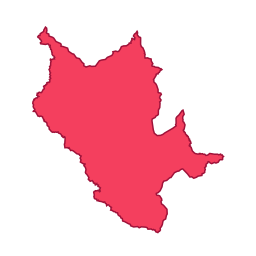 Coronel Portillo, Ucayali, Peru, rotated 176°
{"feature_id": "86281439B8316055413936", "entity_name": "Coronel Portillo", "entity_type": "district", "adm_level": 2, "iso_a3": "PER", "parent_name": "Peru", "parent_adm1": "Ucayali", "projection": "albers", "projection_center": [-74.152, -8.678], "detail": "fine", "context": "isolated", "style": "filled", "palette": "rose", "viewbox_px": 256, "rotation_deg": 176, "n_neighbors": 0, "source": "geoboundaries", "source_scale": "gbopen_adm2", "svg_char_len": 5805}
<svg xmlns="http://www.w3.org/2000/svg" viewBox="0 0 256 256"><g transform="rotate(176 128 128)"><path d="M201.9,183.7L201.7,182.7L203.0,182.0L202.6,181.3L202.8,179.5L203.7,178.9L204.2,179.3L205.8,178.8L205.8,177.5L206.9,177.1L207.1,176.2L207.7,175.9L208.4,176.1L209.3,175.4L208.7,173.6L208.8,172.9L209.8,172.5L211.4,169.9L212.2,169.3L214.1,169.9L215.0,169.3L215.1,168.8L216.1,169.0L216.6,167.0L215.9,166.9L215.7,166.3L214.9,165.6L216.0,165.3L216.6,164.3L217.6,164.4L219.3,163.4L219.3,163.0L219.9,163.0L219.8,162.3L220.8,161.3L221.3,159.3L220.6,157.6L221.1,156.3L220.8,154.8L219.6,153.2L219.9,152.4L221.1,151.6L221.3,151.2L219.2,150.9L216.9,146.1L216.1,146.1L215.5,145.6L214.1,146.0L212.5,145.2L212.5,144.4L211.7,143.1L211.6,141.9L211.0,141.8L211.1,140.4L209.8,140.0L208.6,138.7L208.4,136.1L206.9,134.7L206.5,133.4L206.8,132.6L204.5,129.6L203.4,129.0L202.8,129.2L201.8,128.8L200.8,129.1L199.3,128.7L198.0,128.9L197.9,128.2L197.2,127.5L195.8,127.0L194.9,125.7L194.7,124.6L193.8,124.6L193.8,123.7L193.2,123.0L192.7,123.0L192.0,123.7L191.6,123.4L191.4,122.3L192.1,117.1L192.6,116.4L192.3,112.7L189.4,112.6L189.0,111.9L188.2,112.4L186.8,109.5L185.7,109.7L184.2,109.0L180.9,105.9L178.4,105.1L178.2,104.1L176.7,103.3L177.9,101.2L177.1,99.4L177.9,97.4L175.2,95.5L173.4,95.1L173.6,94.4L174.6,93.9L174.2,92.8L173.3,91.8L172.8,89.4L173.6,86.7L173.2,85.5L172.4,84.8L170.5,81.4L171.2,79.6L170.6,78.8L170.2,78.8L169.5,77.5L167.4,78.0L166.4,76.8L166.4,75.8L165.7,75.2L165.0,75.3L164.6,73.6L164.1,74.1L163.5,73.9L163.0,74.5L162.8,73.5L161.5,73.1L162.0,71.8L161.0,71.4L159.7,70.2L160.2,69.2L160.9,68.9L160.1,67.0L160.5,66.6L160.7,67.3L161.7,67.3L162.4,67.9L163.5,67.5L164.8,67.7L165.4,67.1L166.0,67.2L166.7,66.4L166.3,63.4L166.8,62.1L166.5,61.6L166.7,60.7L165.9,59.6L164.2,59.1L164.0,57.7L163.0,57.5L162.5,57.9L162.0,57.0L159.7,56.5L157.5,55.5L157.0,55.9L156.3,55.8L155.9,54.5L154.9,53.9L154.7,52.0L153.5,52.8L152.6,52.6L151.9,51.4L150.1,50.0L150.6,49.5L150.5,48.3L151.0,47.3L149.3,46.7L148.3,45.7L146.9,45.4L145.8,44.3L144.3,44.1L144.0,42.1L142.7,40.8L141.8,40.5L141.4,38.8L140.0,38.1L139.8,35.6L137.8,34.8L134.1,32.4L132.8,32.0L132.3,31.4L132.2,30.3L129.3,28.9L125.3,29.0L123.8,27.7L121.6,28.5L117.1,27.8L115.8,27.2L115.2,25.7L111.9,25.6L110.6,24.6L109.6,25.0L108.9,24.3L108.2,24.4L107.6,22.6L105.5,21.6L104.5,22.7L103.8,22.7L102.8,24.0L102.9,25.8L101.3,27.6L101.2,28.3L100.6,28.9L99.6,32.7L98.6,33.8L96.8,34.6L95.8,38.1L94.9,39.5L94.8,44.2L97.4,47.7L98.7,49.1L99.8,49.8L100.2,52.1L100.0,52.9L99.3,53.4L99.4,55.0L101.1,58.1L102.3,58.7L103.7,58.8L104.2,59.3L104.4,60.3L104.3,60.8L102.5,61.4L100.3,63.2L98.2,66.9L97.3,70.6L96.0,72.5L93.0,73.0L89.8,75.5L88.6,75.6L84.8,80.2L81.8,81.4L80.2,81.5L78.3,82.9L76.7,83.4L76.1,83.2L71.8,78.0L69.7,74.8L67.9,74.9L65.9,73.3L63.1,74.1L61.5,75.1L57.6,75.5L57.2,77.3L55.8,77.5L54.5,78.5L54.5,79.8L53.8,81.1L54.3,83.1L53.2,83.8L53.1,84.5L52.6,84.7L52.8,85.5L52.6,86.4L50.8,87.7L50.9,88.4L50.0,88.8L49.0,88.2L48.5,87.4L47.0,86.6L44.3,87.6L42.7,86.9L40.4,87.6L38.8,89.8L37.3,90.0L36.4,89.7L35.7,90.3L35.8,91.8L34.7,93.0L35.4,93.4L35.9,94.5L36.3,94.3L37.2,94.9L37.4,95.5L39.3,94.9L40.4,95.6L43.6,95.8L48.2,96.9L50.4,95.4L52.2,95.2L53.3,96.5L54.7,96.5L55.6,97.2L57.2,97.0L57.8,97.6L58.6,97.6L58.7,97.1L60.2,97.1L62.3,97.7L63.3,98.2L65.4,100.6L66.4,104.4L68.1,105.9L68.0,106.4L67.2,106.6L67.6,107.3L67.5,107.7L66.2,108.4L66.6,110.3L67.4,110.8L67.1,111.4L67.8,111.7L67.5,112.7L68.1,113.0L68.5,115.1L69.4,115.6L69.3,116.2L70.1,116.4L70.0,116.9L71.0,117.9L71.4,119.6L72.3,120.1L72.2,120.7L72.6,120.8L73.0,121.6L72.7,122.5L72.1,122.9L70.9,127.1L71.9,129.9L72.6,130.4L72.8,131.3L72.5,132.3L72.8,133.9L72.5,135.7L71.0,137.8L71.9,142.0L72.9,141.5L76.2,137.5L78.5,135.7L79.4,134.4L79.7,129.0L80.3,128.1L79.8,126.8L83.5,124.5L91.7,120.5L93.4,119.3L95.9,118.4L99.4,118.4L102.1,120.9L102.9,124.4L103.6,133.7L103.2,135.3L100.2,136.6L99.1,138.1L97.5,138.7L96.8,139.5L96.4,143.8L94.9,146.1L94.3,150.6L94.6,151.8L93.6,152.5L93.1,153.7L94.4,155.8L93.9,157.5L92.4,159.2L92.9,160.5L95.2,161.1L95.5,161.6L95.3,164.2L96.4,168.4L97.1,170.0L99.0,172.2L98.9,174.0L99.2,174.4L96.3,178.5L96.2,179.6L95.5,179.9L94.2,179.9L93.9,180.9L92.8,181.4L91.9,182.9L90.1,183.9L91.0,184.9L91.6,184.8L93.6,186.3L96.6,186.8L97.6,187.6L99.6,188.0L99.8,188.4L99.5,189.6L98.7,190.3L100.1,193.2L100.1,195.2L102.9,196.1L103.3,196.6L106.1,196.6L106.3,198.6L105.8,200.0L106.4,201.1L106.0,201.4L106.4,203.6L107.6,207.0L109.0,208.2L109.6,210.5L109.1,217.0L109.3,217.5L110.4,217.8L112.0,219.8L112.2,220.9L111.8,222.1L112.2,222.4L111.9,223.1L112.2,223.8L113.6,222.0L114.9,221.3L116.0,219.8L116.1,219.2L114.8,217.6L115.3,215.8L117.6,217.2L118.0,216.8L118.0,215.1L119.0,214.3L119.2,212.4L120.8,212.7L121.4,211.5L123.9,210.1L126.7,210.2L128.9,209.6L130.4,206.9L132.0,205.1L133.0,204.9L135.0,205.6L137.8,205.1L137.5,203.7L139.0,201.5L143.7,199.9L145.7,198.0L149.8,197.6L151.9,197.0L156.2,191.9L160.1,192.0L161.7,192.7L165.6,191.8L167.8,193.2L167.5,195.1L169.2,196.7L171.6,200.6L174.6,201.6L177.0,205.5L178.4,205.9L181.9,208.6L182.7,211.9L187.4,213.9L189.1,214.2L188.9,215.9L189.3,216.9L193.8,219.3L195.7,222.7L196.8,223.7L200.3,225.2L200.5,227.3L202.2,228.1L202.8,228.7L202.1,230.9L202.2,233.3L203.3,234.4L205.2,231.5L205.4,230.2L209.0,228.2L209.4,226.4L210.7,226.5L211.7,225.2L211.4,224.6L209.7,223.5L209.8,222.9L208.4,221.4L208.2,220.1L209.5,219.1L209.2,218.1L204.5,217.1L202.0,217.6L201.2,216.3L199.8,215.9L199.8,215.1L200.6,214.4L199.7,213.4L199.7,211.9L199.0,211.4L198.8,209.0L198.4,208.5L198.7,207.1L197.9,205.5L196.9,204.9L196.2,203.6L196.9,203.2L196.5,202.1L198.3,202.0L199.3,201.5L200.5,202.1L200.8,201.3L200.1,199.7L200.6,198.6L200.9,195.5L201.9,194.9L201.6,194.1L201.7,193.2L202.7,191.8L202.1,190.5L202.0,189.3L201.4,188.4L202.4,187.0L201.6,185.6L202.6,184.3L201.9,183.7Z" fill="#f43f5e" stroke="#9f1239" stroke-width="1.5"/></g></svg>